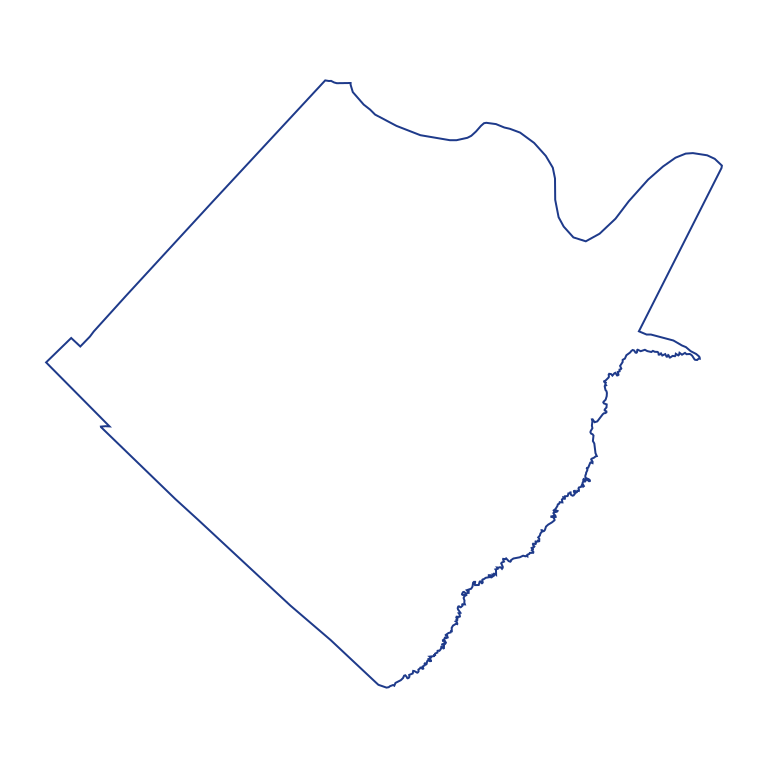 outline of San Pedro, Buenos Aires, Argentina
{"feature_id": "61730980B44314370056359", "entity_name": "San Pedro", "entity_type": "district", "adm_level": 2, "iso_a3": "ARG", "parent_name": "Argentina", "parent_adm1": "Buenos Aires", "projection": "orthographic", "projection_center": [-59.651, -33.797], "detail": "fine", "context": "isolated", "style": "outline", "palette": "blue", "viewbox_px": 768, "rotation_deg": 0, "n_neighbors": 0, "source": "geoboundaries", "source_scale": "gbopen_adm2", "svg_char_len": 6114}
<svg xmlns="http://www.w3.org/2000/svg" viewBox="0 0 768 768"><path d="M100.9,426.6L101.0,427.1L175.3,499.0L198.0,519.7L290.3,605.5L330.7,640.1L376.1,682.7L378.4,684.8L386.5,687.6L388.7,687.2L390.0,686.2L393.1,685.0L394.3,685.7L395.5,682.9L400.8,680.2L403.0,678.1L404.1,675.7L405.3,675.3L406.7,676.9L407.0,677.8L407.7,678.3L408.6,678.0L409.4,676.8L409.2,674.9L412.7,673.5L413.2,670.9L414.4,671.1L417.2,672.7L418.0,672.3L418.6,671.3L418.4,669.6L420.0,668.4L420.4,667.6L421.3,667.6L422.4,668.8L423.0,668.8L423.3,668.6L422.7,666.5L424.6,665.4L424.6,663.7L425.0,663.3L426.1,664.4L426.6,664.0L427.1,661.5L427.5,660.7L428.2,660.5L430.0,661.2L431.0,661.0L431.0,660.4L430.4,659.8L428.8,659.7L428.4,659.1L430.8,657.8L431.0,657.5L429.8,656.6L434.1,656.1L434.1,655.0L435.1,655.0L435.0,653.8L435.4,653.4L437.4,652.6L437.6,650.8L438.3,650.6L439.4,650.8L440.2,649.9L441.1,648.5L441.3,646.9L442.2,647.0L443.4,648.4L443.9,648.2L444.0,645.3L443.4,644.8L442.2,644.8L442.1,644.4L442.9,644.0L444.2,644.1L444.4,642.6L445.4,643.5L445.9,642.7L444.8,640.8L443.0,640.9L442.9,640.2L444.5,639.0L444.8,637.8L446.3,638.1L447.7,637.5L447.2,635.8L446.0,635.8L445.7,635.0L448.5,633.0L450.7,632.4L451.0,631.1L451.8,631.2L451.7,627.8L453.0,625.6L456.0,623.8L457.2,624.1L457.3,623.6L456.7,622.0L455.7,621.3L456.8,620.7L457.3,620.0L456.5,619.2L457.5,618.3L457.6,617.8L456.4,617.3L456.6,616.7L458.9,616.9L459.9,616.5L459.5,614.2L458.7,613.2L460.4,612.8L458.0,609.4L457.7,608.2L458.0,607.1L458.3,606.5L459.0,606.3L460.3,607.3L461.0,607.1L462.5,605.7L462.2,604.5L462.4,604.2L464.9,604.4L464.3,602.6L464.5,600.6L463.6,598.0L464.5,596.1L466.0,595.3L465.5,594.8L462.5,594.9L462.0,594.4L462.2,593.5L463.2,592.0L464.0,591.9L466.3,593.8L467.1,593.4L467.5,592.7L468.6,592.9L468.7,591.1L467.1,590.7L466.7,590.2L471.2,588.7L472.5,586.6L473.1,582.7L473.9,581.9L475.1,581.9L475.1,582.7L474.5,584.3L475.0,585.1L478.7,585.0L479.6,581.8L480.0,581.4L481.0,581.5L481.6,583.2L482.2,583.2L482.7,582.6L482.3,579.9L482.6,579.5L483.9,579.1L485.7,577.8L489.2,577.2L488.8,576.2L488.8,575.2L490.1,575.2L490.7,576.9L491.2,577.4L491.8,577.2L492.3,574.5L492.7,574.6L493.4,576.0L494.0,575.6L493.6,574.1L493.9,573.7L495.0,573.9L496.1,574.8L496.0,570.1L495.5,569.4L497.8,568.8L497.9,568.4L497.2,567.5L498.8,567.6L500.0,567.2L500.9,567.5L502.0,568.8L502.7,567.8L502.8,566.9L501.2,563.3L501.9,562.5L504.0,561.6L503.1,559.6L503.2,558.9L505.4,559.1L506.1,558.4L508.7,561.1L510.3,561.7L510.8,561.3L511.0,560.2L513.4,558.5L519.7,557.3L523.1,555.7L525.4,556.3L526.3,555.8L527.4,556.4L527.4,554.7L529.3,553.9L529.8,552.9L533.2,552.8L533.4,552.0L531.9,550.3L532.9,549.7L533.0,549.1L531.9,548.6L531.6,548.0L534.1,546.9L534.4,546.4L533.3,545.4L532.9,544.0L533.1,543.7L535.6,544.0L535.9,543.2L535.5,541.9L535.6,541.5L536.9,541.8L537.8,540.7L538.6,541.4L539.2,541.2L539.3,538.8L538.2,537.4L539.9,535.5L540.4,533.5L541.8,531.8L541.6,530.2L542.3,530.3L543.1,531.3L544.2,530.9L545.0,529.7L546.0,526.6L548.2,524.6L551.9,522.4L554.5,520.3L554.5,519.5L553.7,517.8L553.1,517.2L551.3,516.9L551.3,516.4L553.2,516.0L554.6,517.2L555.7,516.9L555.3,515.5L554.2,514.5L553.4,513.1L553.9,512.4L556.9,511.7L557.5,511.0L556.3,510.5L554.2,511.1L553.7,510.4L555.5,509.0L557.4,506.0L557.8,504.4L559.2,503.7L559.7,502.2L562.4,502.4L561.9,499.5L563.4,498.2L563.3,497.2L563.7,497.3L564.3,498.8L564.9,498.7L564.9,496.3L567.4,496.1L567.8,495.8L568.4,493.4L569.6,493.4L570.2,492.4L570.6,492.4L570.7,494.1L571.2,495.0L572.6,495.7L573.6,495.4L574.9,493.7L573.9,491.7L574.0,491.0L574.9,490.8L576.4,492.4L577.0,492.0L577.3,490.8L578.8,491.0L579.0,490.0L578.5,488.4L578.9,487.5L581.0,486.9L582.0,484.7L583.1,486.7L583.9,486.1L582.6,483.8L582.6,482.7L583.2,481.6L585.1,481.5L585.5,480.9L583.3,479.8L583.7,479.0L585.4,479.6L586.8,479.4L589.0,481.2L589.8,481.1L589.9,480.3L588.7,479.2L586.2,478.2L585.3,477.1L585.4,475.4L586.1,473.7L586.1,472.8L587.3,470.3L587.4,469.3L586.8,468.4L587.0,467.9L588.2,467.7L590.3,462.6L590.6,462.4L592.5,463.1L592.6,461.8L591.2,459.5L591.5,458.8L594.0,457.7L595.6,456.4L596.8,456.1L595.5,453.2L594.3,443.5L592.9,441.0L593.5,435.5L592.6,434.3L591.0,433.5L590.4,432.1L590.7,431.1L592.4,428.2L591.9,425.7L592.4,421.2L591.9,419.4L592.6,419.3L594.6,422.2L597.3,421.4L602.8,414.2L603.9,413.3L605.3,413.1L606.4,412.4L606.4,411.4L604.7,410.4L604.7,409.5L606.5,407.4L606.7,404.4L603.9,403.4L603.3,402.4L603.6,401.7L605.6,399.7L606.7,396.2L606.9,393.0L606.5,391.2L605.5,390.0L604.7,386.5L604.8,385.9L606.1,385.3L605.2,384.1L605.8,382.7L604.3,382.0L604.1,381.3L605.6,380.5L608.7,377.4L608.9,376.3L608.7,374.5L609.2,373.8L611.1,374.1L612.4,375.6L614.5,373.2L615.4,372.8L617.0,375.4L617.7,375.4L618.5,374.8L617.8,372.0L619.6,371.3L619.5,369.6L620.7,369.3L621.3,368.6L620.1,365.9L622.6,362.1L622.7,359.8L624.9,358.6L626.4,355.2L630.0,352.6L631.4,350.9L632.7,350.0L634.1,350.5L635.5,352.6L636.3,352.8L636.9,352.4L637.3,349.9L637.7,349.7L640.7,351.2L644.9,349.8L647.3,351.1L651.3,352.0L652.9,350.9L654.8,351.8L657.4,351.9L658.3,352.5L658.7,354.6L659.7,354.6L661.0,353.4L662.3,355.5L665.2,354.1L666.6,356.7L667.1,356.7L668.2,355.0L668.5,355.2L669.6,357.5L670.2,357.5L672.6,355.9L675.0,356.2L675.4,355.7L675.8,353.8L678.3,355.4L679.0,354.8L679.5,352.8L682.0,354.7L685.0,352.9L686.5,354.2L689.8,354.0L690.8,354.5L692.1,355.6L694.4,359.2L695.1,359.8L697.1,360.0L698.7,358.6L699.8,358.7L699.6,357.3L698.8,356.2L696.2,354.0L690.6,351.1L685.9,347.1L682.0,345.5L673.4,340.5L650.8,334.5L646.5,334.5L638.9,331.3L721.5,168.0L721.9,165.6L714.7,158.8L707.2,155.3L692.9,153.1L685.7,153.6L675.5,157.7L663.0,166.5L648.1,179.6L628.8,201.2L615.5,218.7L599.6,233.7L585.8,241.3L573.4,237.4L563.7,226.6L558.6,217.2L555.2,199.8L555.0,178.5L552.8,167.7L545.8,155.9L534.1,142.9L520.1,132.6L509.9,128.8L504.3,127.5L496.0,124.1L486.3,122.8L484.0,123.2L481.0,125.8L476.0,131.5L471.3,135.8L467.4,137.8L456.5,140.2L449.9,140.2L420.4,135.2L396.5,125.9L375.1,114.6L370.1,109.6L363.7,104.6L352.8,92.1L350.6,84.8L350.6,83.0L336.8,83.2L334.2,82.5L331.1,80.9L328.9,81.0L325.2,80.4L212.6,201.7L126.1,295.7L93.8,331.4L89.9,336.6L80.3,346.5L71.2,338.0L46.1,362.4L109.5,426.4L105.4,426.2L100.9,426.6Z" fill="none" stroke="#1e3a8a" stroke-width="2"/></svg>